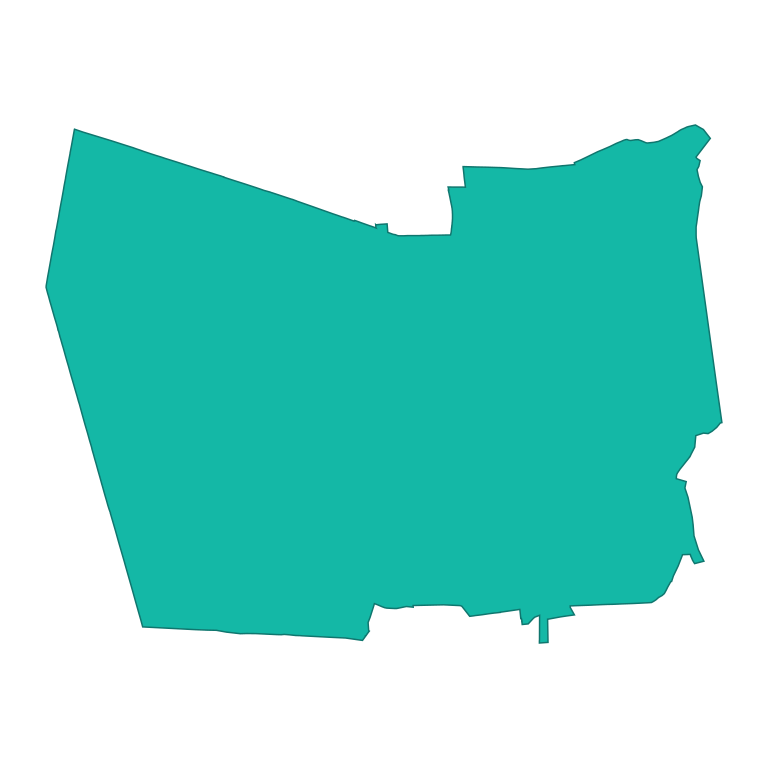 outline of Loon op Zand, Noord-Brabant, Netherlands
{"feature_id": "6326949B71510094074769", "entity_name": "Loon op Zand", "entity_type": "district", "adm_level": 2, "iso_a3": "NLD", "parent_name": "Netherlands", "parent_adm1": "Noord-Brabant", "projection": "natural_earth1", "projection_center": [5.048, 51.641], "detail": "fine", "context": "isolated", "style": "filled", "palette": "teal", "viewbox_px": 768, "rotation_deg": 0, "n_neighbors": 0, "source": "geoboundaries", "source_scale": "gbopen_adm2", "svg_char_len": 6020}
<svg xmlns="http://www.w3.org/2000/svg" viewBox="0 0 768 768"><path d="M142.7,626.9L194.7,629.6L207.1,630.1L216.4,630.3L226.4,632.1L240.3,633.7L246.8,633.5L256.0,633.6L277.2,634.6L281.2,634.7L284.2,634.4L288.1,634.7L289.3,634.8L295.8,635.5L299.8,635.6L302.2,635.8L330.9,637.3L345.5,638.0L357.5,639.7L362.5,640.4L365.2,636.7L365.4,635.8L365.8,635.9L368.2,632.5L369.3,631.1L368.8,630.8L368.6,629.8L368.1,622.5L370.1,617.3L373.6,606.3L374.4,603.6L377.6,604.8L382.0,606.7L384.7,607.7L386.8,608.1L392.4,608.4L394.4,608.5L396.7,608.5L401.1,607.6L406.4,606.5L412.5,607.1L413.2,607.2L413.1,605.5L443.5,604.8L460.2,605.6L461.8,606.2L464.4,609.5L469.7,616.3L473.1,615.9L475.6,615.5L477.5,615.3L478.3,615.2L482.4,614.7L486.3,614.1L489.1,613.7L494.5,613.0L495.8,612.9L496.7,612.8L500.3,612.4L500.3,612.2L509.4,610.9L519.8,609.4L520.0,610.6L520.8,618.6L521.4,618.5L521.8,620.2L521.8,621.5L522.0,621.5L522.0,622.7L522.2,624.5L528.2,623.9L533.4,618.3L534.9,617.1L539.6,615.3L539.5,639.0L539.5,639.9L539.4,640.9L539.4,641.8L539.4,643.0L540.9,642.9L548.0,642.4L547.6,619.2L548.0,619.2L560.4,616.9L566.4,616.0L574.4,614.9L570.2,607.4L570.2,605.9L573.0,605.8L574.9,605.7L589.3,605.2L595.6,604.9L602.1,604.6L607.4,604.4L612.4,604.3L621.9,603.9L633.0,603.5L643.0,603.0L649.0,602.7L651.5,602.5L653.7,601.3L656.0,599.8L658.9,597.2L659.1,597.2L662.1,595.5L664.3,593.6L666.2,590.2L667.7,587.1L670.8,581.6L671.6,581.5L673.3,576.2L673.5,575.7L678.2,565.9L679.4,562.8L682.3,555.4L682.5,554.7L690.3,554.4L691.0,556.7L691.2,557.0L692.0,558.8L692.4,559.9L692.8,560.6L693.3,561.5L694.6,563.6L703.9,561.2L698.4,549.8L694.0,535.8L693.1,524.7L692.2,517.2L688.0,497.3L684.9,488.0L686.2,481.6L676.3,478.7L676.4,476.7L676.6,475.3L676.7,474.5L676.8,474.3L677.0,473.9L677.5,472.9L680.2,468.9L680.4,468.6L680.8,468.2L689.7,457.0L689.6,456.9L690.0,456.4L690.3,456.0L690.9,454.6L694.8,447.0L694.8,446.4L695.8,435.6L703.5,433.1L708.1,433.6L712.0,431.3L716.8,427.3L720.2,423.1L720.3,423.0L721.9,422.6L716.4,383.7L696.2,237.7L696.1,234.9L696.1,227.2L696.2,226.2L696.7,223.1L697.1,220.0L697.5,217.2L698.0,213.7L698.5,210.3L698.9,207.0L699.7,201.7L700.3,199.4L701.3,195.9L701.6,193.6L702.4,186.8L700.2,182.4L698.4,176.4L697.7,172.9L697.0,169.6L698.8,166.4L700.1,160.6L696.9,158.5L696.0,157.1L710.3,138.4L703.4,129.5L698.4,126.7L695.5,125.0L694.0,125.3L690.5,126.1L688.7,126.5L686.7,127.1L685.1,127.9L682.6,129.0L681.4,129.5L679.1,130.8L678.2,131.5L676.5,132.5L673.9,134.1L671.5,135.5L668.3,137.0L666.9,137.7L664.0,139.0L660.8,140.4L658.5,141.4L653.9,142.3L647.5,143.0L646.7,142.9L645.8,142.7L644.2,142.0L641.1,140.7L638.2,139.7L637.8,139.7L635.4,139.8L630.6,140.5L628.7,140.2L628.0,139.9L627.0,139.5L625.9,139.6L623.9,140.2L620.7,141.6L616.3,143.4L610.2,146.4L604.2,149.0L602.8,149.6L597.5,151.8L588.1,156.4L580.6,160.0L574.7,162.5L574.3,162.7L574.8,164.6L564.5,165.6L563.0,165.7L562.8,165.7L559.2,166.1L550.9,166.9L542.1,167.9L539.7,168.2L536.2,168.7L534.3,168.8L528.0,169.2L519.0,168.7L518.4,168.7L516.8,168.6L513.4,168.4L507.5,168.0L500.8,167.6L496.9,167.5L487.1,167.2L476.9,167.0L463.1,166.6L463.1,167.3L463.3,169.0L463.5,170.5L464.0,175.2L464.0,175.7L464.5,180.1L464.8,182.1L465.4,187.2L462.7,187.1L457.7,187.1L454.5,187.1L448.1,187.0L448.5,188.7L448.8,190.0L448.3,190.1L449.1,193.5L449.5,195.5L449.9,197.3L450.7,201.4L451.2,203.9L451.6,205.7L452.0,208.0L452.1,208.4L452.4,211.7L452.4,212.6L452.5,214.4L452.5,215.2L452.5,218.5L452.4,220.1L452.3,221.9L452.2,222.5L452.1,224.2L451.9,225.3L451.7,227.5L451.5,228.6L451.4,229.8L451.2,232.0L450.8,233.9L450.5,235.0L446.7,235.0L443.4,235.1L442.8,235.1L437.8,235.2L433.2,235.2L432.9,235.2L429.4,235.3L427.5,235.4L427.1,235.4L425.2,235.4L424.5,235.5L421.1,235.5L419.5,235.6L416.5,235.6L412.2,235.6L410.3,235.6L408.4,235.6L407.8,235.6L405.8,235.7L404.1,235.8L403.0,235.8L401.3,235.8L399.1,235.8L398.1,235.7L397.6,235.6L396.6,235.2L395.4,234.7L393.5,234.4L393.1,234.3L392.5,234.1L387.8,232.4L387.1,223.9L382.7,224.2L380.9,224.3L375.8,224.8L375.7,224.7L375.9,227.4L375.7,227.6L375.9,227.9L371.1,226.2L370.4,226.0L361.3,222.8L358.9,221.9L355.8,220.8L354.8,220.5L354.5,220.4L354.1,221.1L352.6,220.6L345.0,217.9L342.9,217.2L341.8,216.9L339.3,216.0L335.8,214.8L333.1,213.9L327.2,211.8L318.7,208.8L313.1,206.8L306.5,204.5L301.1,202.6L296.8,201.1L296.2,200.8L294.0,200.0L292.7,199.5L290.9,199.0L275.2,193.8L272.8,193.0L271.4,192.6L270.5,192.2L264.0,190.4L260.6,189.2L255.6,187.5L244.3,183.8L236.1,181.2L233.6,180.4L227.1,178.3L226.6,178.1L223.8,177.2L223.8,176.9L222.5,176.6L221.5,176.2L220.6,175.9L217.9,175.1L214.0,173.9L212.8,173.5L211.9,173.2L208.0,172.0L206.8,171.7L205.8,171.3L203.4,170.6L199.9,169.5L199.6,169.4L198.3,169.0L196.2,168.3L192.5,167.1L189.5,166.1L188.5,165.8L187.4,165.5L186.5,165.2L181.0,163.4L176.6,162.0L171.5,160.4L165.4,158.5L161.0,157.0L156.4,155.6L150.8,153.8L147.2,152.6L143.9,151.5L140.6,150.3L136.4,148.9L135.0,148.4L133.4,147.8L123.6,144.7L112.7,141.2L98.7,136.9L83.0,132.1L74.5,129.2L74.4,129.5L71.6,145.0L70.1,152.9L70.1,153.3L67.8,165.4L65.6,177.6L65.6,178.1L64.1,185.9L63.6,189.0L62.0,198.0L61.6,200.2L61.4,201.1L60.1,208.1L59.8,210.1L59.7,210.3L58.7,216.5L57.5,222.9L56.4,229.0L56.0,230.4L55.9,230.9L54.9,237.1L53.5,245.1L51.7,254.3L50.6,260.7L48.6,271.8L47.7,276.6L47.2,279.7L46.2,285.6L46.1,287.4L47.2,291.6L47.7,293.5L47.8,293.9L48.2,295.1L48.8,297.2L49.8,301.0L51.2,305.8L53.1,312.5L54.5,317.4L55.9,322.0L56.7,324.7L57.6,328.0L58.0,330.1L58.6,331.4L59.1,333.3L59.8,336.1L59.9,336.7L60.5,338.4L62.3,344.8L63.3,348.1L64.7,353.1L64.9,353.9L67.0,361.3L68.6,366.7L69.6,370.4L71.2,376.1L72.5,380.5L74.1,386.0L75.8,391.9L77.1,396.3L78.4,401.0L79.5,404.5L81.8,413.0L85.0,424.5L87.6,433.3L89.5,440.2L91.6,447.3L92.1,449.6L93.6,454.8L93.8,455.5L93.9,455.9L94.6,458.5L96.2,464.0L97.9,470.2L100.1,477.9L101.9,484.5L102.4,486.1L104.9,495.1L106.5,500.5L107.9,505.5L109.2,509.6L110.4,512.8L110.3,513.0L115.6,531.2L118.7,542.3L121.8,553.0L124.5,562.3L125.0,564.2L132.1,589.1L135.9,602.7L138.2,610.8L140.8,619.9L142.3,625.5L142.5,626.2L142.7,626.9Z" fill="#14b8a6" stroke="#0f766e" stroke-width="1.5"/></svg>